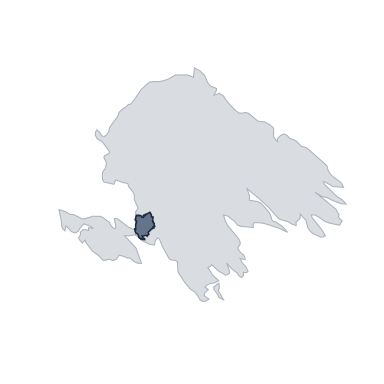 location of Manorhamilton Lea-6, Leitrim, Ireland, rotated 234°
{"feature_id": "5873133B72319523044240", "entity_name": "Manorhamilton Lea-6", "entity_type": "district", "adm_level": 2, "iso_a3": "IRL", "parent_name": "Ireland", "parent_adm1": "Leitrim", "projection": "equal_earth", "projection_center": [-8.199, 54.289], "detail": "fine", "context": "in_parent", "style": "filled", "palette": "slate", "viewbox_px": 384, "rotation_deg": 234, "n_neighbors": 0, "source": "geoboundaries", "source_scale": "gbopen_adm2", "svg_char_len": 7670}
<svg xmlns="http://www.w3.org/2000/svg" viewBox="0 0 384 384"><g transform="rotate(234 192 192)"><path d="M243.0,83.2L234.9,87.3L233.7,88.8L231.4,95.0L231.2,96.8L226.1,103.7L223.3,105.1L219.0,106.2L216.5,107.4L213.5,106.8L209.6,106.9L207.7,108.1L207.8,109.1L208.9,110.2L216.1,113.4L215.7,114.7L213.7,116.2L200.8,120.0L197.0,122.2L195.7,123.7L197.0,126.2L207.3,133.7L209.1,134.6L210.6,138.9L219.7,140.8L223.4,143.5L226.6,144.2L233.6,143.9L236.4,145.0L237.9,144.2L238.8,142.7L246.6,137.4L244.1,133.4L251.9,126.6L254.1,126.7L257.8,128.8L260.9,131.7L261.9,135.5L264.8,139.0L266.6,140.2L271.6,140.9L272.8,142.3L272.0,147.3L272.7,149.0L285.5,148.9L290.5,146.7L295.0,147.1L297.2,149.3L298.2,151.6L294.4,152.5L290.4,152.0L288.5,153.6L288.4,156.5L289.8,160.3L292.5,163.0L294.7,169.1L296.6,175.9L299.4,180.0L300.0,185.1L299.6,187.6L300.2,192.1L299.1,193.7L300.0,197.9L304.9,211.5L305.9,222.2L303.7,226.2L300.7,230.1L298.7,234.6L297.2,239.5L296.4,247.4L289.8,256.6L287.0,258.9L283.7,260.4L291.0,266.9L285.1,269.8L278.7,270.7L271.5,269.0L267.1,269.2L261.5,272.6L260.2,272.0L257.5,266.7L255.6,272.2L251.5,273.9L244.4,273.6L232.6,275.0L228.1,276.6L226.2,279.1L224.9,281.9L223.0,283.6L220.9,284.5L211.9,286.6L210.1,287.4L205.9,292.0L200.3,294.7L195.7,295.5L191.7,292.8L190.0,291.2L188.1,290.4L181.9,290.5L183.8,291.3L185.1,293.2L185.7,296.8L185.0,300.4L181.9,302.2L178.2,302.6L172.4,306.2L164.7,307.3L160.5,310.7L135.1,316.4L133.6,316.5L130.1,315.0L126.3,314.4L122.5,314.8L111.8,318.1L106.7,317.4L113.3,309.4L122.2,305.4L123.1,304.3L120.3,303.7L103.4,306.5L97.6,308.9L91.7,309.6L94.5,306.0L102.1,301.0L108.6,297.7L111.4,294.8L119.4,291.5L93.8,298.3L87.1,297.5L85.6,295.6L80.3,296.5L78.4,291.8L86.2,284.8L90.8,281.8L96.1,280.2L101.3,277.9L103.2,275.0L100.8,274.1L85.4,274.8L78.1,274.2L78.5,272.0L79.9,269.5L87.6,265.2L91.7,264.5L95.4,264.9L101.9,267.5L110.5,266.6L107.0,263.9L106.4,258.4L103.6,256.5L107.2,254.0L111.3,252.4L118.1,247.1L120.5,246.3L133.8,245.0L148.2,242.2L162.4,238.4L155.1,236.3L151.7,233.5L146.0,239.2L141.9,241.3L130.5,242.5L126.9,241.9L121.8,240.1L120.2,240.8L118.8,242.1L111.2,244.9L103.2,245.6L112.5,240.5L124.3,231.8L127.0,229.0L130.7,224.2L129.6,222.1L127.2,220.9L135.7,211.1L138.7,209.3L144.1,209.1L148.1,207.5L149.9,207.5L151.4,206.9L154.9,204.0L149.6,202.1L144.0,201.2L126.9,202.2L124.6,202.0L122.5,201.1L121.1,199.8L120.1,196.5L118.9,195.7L115.0,195.7L111.2,196.7L108.5,196.6L105.9,195.2L110.1,191.8L104.8,191.0L99.3,191.7L94.8,190.6L94.7,188.5L96.8,186.4L94.1,184.4L93.6,181.9L96.5,180.6L99.6,181.0L106.0,179.1L114.2,178.2L107.2,176.4L104.4,174.8L104.3,172.4L104.9,170.3L113.0,166.8L121.7,165.3L121.0,163.0L121.7,160.5L113.0,159.8L104.4,161.5L105.3,156.8L107.4,152.5L107.9,149.7L107.5,146.6L103.5,147.9L103.1,143.7L101.4,140.8L95.4,142.8L95.6,138.9L97.3,136.2L100.5,135.1L103.6,135.6L109.3,135.5L114.8,133.5L122.8,133.0L135.5,133.6L144.2,139.3L146.4,138.3L149.9,134.7L151.6,134.3L164.7,135.9L172.9,137.9L175.1,137.3L173.9,133.3L171.1,130.5L174.6,126.9L178.9,124.5L181.8,123.2L188.4,121.7L191.3,120.3L193.2,115.7L196.3,111.8L179.7,113.8L163.9,109.2L166.5,106.0L169.8,104.2L175.5,102.8L176.1,101.1L179.0,99.7L183.8,96.0L182.0,91.2L183.0,87.7L186.4,85.4L187.5,82.2L189.0,79.8L196.0,78.9L202.7,76.7L213.1,76.4L215.8,77.3L215.2,73.3L220.0,72.8L221.9,73.6L222.8,76.4L225.0,78.2L225.7,81.3L224.2,83.7L221.7,85.5L224.0,87.4L220.5,90.8L224.3,89.4L229.7,86.0L229.4,83.3L228.5,79.9L227.0,76.8L227.6,73.4L230.7,71.2L238.6,70.2L235.3,66.3L238.2,65.9L241.4,66.7L246.1,69.7L256.0,74.0L251.2,77.7L245.3,80.3L243.0,83.2ZM102.6,158.3L102.4,160.2L98.6,157.9L96.8,155.3L86.3,154.2L90.7,151.7L92.8,152.4L100.2,152.5L102.3,153.6L102.6,158.3Z" fill="#d9dde1" stroke="#a8b0b8" stroke-width="1"/><path d="M205.9,133.3L205.1,132.7L205.0,132.2L204.6,131.6L204.0,131.2L203.9,130.8L203.8,130.7L203.7,130.6L203.3,130.6L203.2,130.5L203.1,130.3L203.3,130.0L203.1,129.8L202.7,129.6L202.5,129.8L202.3,129.9L202.1,129.9L202.0,129.7L201.8,129.7L201.5,129.9L201.2,129.7L200.7,129.5L200.7,129.4L200.2,129.3L200.2,129.2L200.2,129.3L200.1,129.2L200.0,128.9L199.8,128.8L199.9,128.7L199.7,128.5L199.6,128.4L199.5,128.2L199.3,128.1L199.3,127.9L199.1,127.6L198.8,127.5L198.8,127.3L198.5,127.2L198.4,127.0L198.2,126.9L198.1,126.7L195.2,124.8L195.0,124.6L194.8,124.5L194.9,124.3L195.2,124.3L195.4,124.3L195.5,124.2L195.8,123.9L195.7,123.8L195.5,123.7L194.5,123.4L194.4,123.2L193.6,123.0L193.6,122.9L193.1,122.8L192.9,122.7L192.5,122.7L192.3,122.6L192.0,122.5L191.9,122.5L191.6,122.7L191.4,122.7L191.2,122.6L191.2,122.8L191.1,123.0L190.3,123.2L190.1,123.2L189.8,123.3L189.2,123.3L189.1,123.2L188.9,123.2L188.7,123.1L188.3,123.1L187.8,123.1L187.6,122.8L187.5,122.7L187.4,122.6L187.2,122.5L187.1,122.4L186.8,122.4L186.8,122.5L186.7,122.5L186.6,122.4L186.4,122.5L186.2,122.4L185.9,122.6L185.4,122.6L185.1,122.6L185.0,122.8L184.8,122.8L184.2,122.9L183.7,122.9L183.5,123.0L183.6,123.3L183.7,123.5L183.9,123.5L184.0,123.6L184.0,123.8L183.7,123.8L182.5,124.2L182.1,124.6L182.1,125.2L181.6,125.4L181.2,125.8L181.5,126.0L181.9,126.2L182.2,126.1L182.4,126.1L182.5,126.0L182.8,126.0L182.9,125.8L182.7,125.4L183.0,125.3L183.4,125.4L183.5,125.5L183.6,125.4L183.8,125.5L184.0,125.6L184.4,125.7L184.7,125.6L184.8,125.7L185.0,125.6L185.4,125.8L185.2,125.9L185.4,126.0L185.2,126.1L185.3,126.4L185.2,126.8L185.0,127.0L184.9,127.1L184.7,127.4L184.6,127.7L184.6,128.0L184.3,128.8L183.9,129.2L183.5,129.4L183.2,129.6L182.9,129.7L182.6,129.7L182.7,129.9L182.8,130.0L183.0,130.3L182.9,130.5L183.0,130.7L182.9,130.8L183.1,131.1L183.0,131.3L183.1,131.5L183.3,131.7L183.2,131.9L183.1,132.2L183.5,132.5L183.8,132.5L184.5,132.6L184.9,132.7L184.9,132.9L184.9,133.0L185.2,133.2L185.2,133.3L185.3,133.6L185.3,133.9L185.4,134.0L185.4,134.5L185.5,134.5L185.5,134.8L185.3,135.0L185.4,135.3L185.6,136.6L185.7,136.8L185.9,136.8L185.9,137.0L186.0,137.1L186.0,137.3L185.8,137.4L185.8,137.5L185.8,137.9L185.8,138.0L185.6,138.5L185.9,138.8L185.8,139.0L186.1,139.2L186.0,139.3L185.8,139.4L185.7,139.7L185.2,139.9L185.2,140.0L185.6,140.0L186.0,140.1L185.9,140.2L185.9,140.4L186.0,140.4L186.3,140.5L186.6,140.6L186.8,140.6L186.8,140.8L186.6,141.1L186.2,141.3L186.1,141.5L186.4,141.5L186.6,141.6L186.8,141.9L187.0,142.0L187.3,142.1L187.5,142.0L188.7,143.0L189.3,142.9L189.7,142.9L189.8,142.9L189.7,142.7L190.1,142.7L190.6,142.6L190.9,142.8L191.4,142.8L191.7,143.1L191.8,143.2L191.7,143.3L191.8,143.3L192.0,143.4L192.0,143.6L192.5,144.0L192.9,144.1L193.1,144.2L193.2,144.3L193.3,144.4L193.4,144.5L193.6,144.8L193.8,144.9L193.8,145.0L194.0,145.3L194.1,145.5L194.3,145.6L194.5,145.6L194.7,145.8L194.8,145.7L195.1,145.4L195.3,145.2L195.5,144.7L195.9,144.8L196.2,145.1L196.4,145.0L196.5,145.1L196.8,145.2L197.3,145.4L197.6,145.6L197.7,145.8L198.2,145.8L198.4,145.8L198.6,145.8L198.7,145.7L198.8,145.7L198.8,145.8L198.9,146.0L199.1,146.0L199.4,146.0L199.7,146.0L200.4,146.0L200.5,145.1L200.7,142.9L200.8,142.7L200.8,142.3L200.9,142.2L200.8,141.9L200.8,141.7L201.0,141.5L201.0,141.4L201.3,141.4L201.4,141.2L201.2,141.1L200.9,140.9L200.7,140.8L200.7,140.7L200.7,140.4L200.8,140.3L200.7,140.3L200.5,140.2L200.7,139.8L200.8,139.8L200.8,139.7L201.0,139.7L201.3,139.6L201.2,139.5L201.3,139.5L201.4,139.4L201.5,139.1L201.4,139.0L201.4,138.9L201.2,138.8L201.3,138.7L201.1,138.6L200.9,138.5L200.9,138.4L200.7,138.3L200.8,138.2L200.6,138.1L200.6,137.9L200.2,137.7L200.3,137.5L200.3,137.3L200.4,137.2L200.6,137.1L200.8,136.8L201.0,136.5L201.5,136.6L202.2,136.7L202.6,136.8L202.9,136.8L203.2,136.5L203.6,136.2L203.9,135.9L203.9,135.7L204.1,135.5L204.5,135.2L204.4,135.1L204.5,135.0L204.4,134.9L204.5,134.8L204.4,134.8L204.5,134.7L204.8,134.4L204.9,134.1L205.1,134.1L205.3,133.9L205.5,133.7L205.9,133.3Z" fill="#64748b" stroke="#1e293b" stroke-width="1.5"/></g></svg>